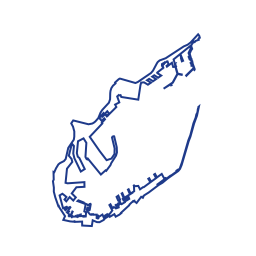 Port Alexandria Police Department, Al Iskandariyah, Egypt, rotated 189°
{"feature_id": "37247803B3923529194747", "entity_name": "Port Alexandria Police Department", "entity_type": "district", "adm_level": 2, "iso_a3": "EGY", "parent_name": "Egypt", "parent_adm1": "Al Iskandariyah", "projection": "equal_earth", "projection_center": [29.857, 31.18], "detail": "fine", "context": "isolated", "style": "outline", "palette": "blue", "viewbox_px": 256, "rotation_deg": 189, "n_neighbors": 0, "source": "geoboundaries", "source_scale": "gbopen_adm2", "svg_char_len": 5714}
<svg xmlns="http://www.w3.org/2000/svg" viewBox="0 0 256 256"><g transform="rotate(189 128 128)"><path d="M194.7,73.0L193.3,65.4L193.8,63.7L191.9,57.5L191.3,53.5L188.9,48.0L184.6,40.0L184.2,40.2L183.9,39.4L176.4,31.1L177.5,27.1L170.5,26.7L167.7,26.9L166.3,27.5L166.1,26.9L158.7,28.4L158.0,24.5L148.4,25.5L148.4,31.3L144.0,30.2L141.4,30.5L137.6,33.4L137.0,34.3L137.1,34.7L132.6,38.5L132.0,37.5L128.0,40.8L126.3,38.5L123.0,41.0L121.3,42.9L121.6,43.2L114.7,51.9L114.6,52.6L112.5,55.4L111.7,55.8L111.6,56.6L110.3,57.2L110.0,56.5L107.8,55.3L104.2,62.1L102.4,61.4L102.0,62.7L102.2,63.0L101.5,64.0L97.5,67.5L88.8,76.5L85.4,79.3L80.9,84.4L71.6,93.4L70.2,95.8L69.2,100.0L66.0,124.5L65.0,129.1L63.4,142.9L61.8,150.9L61.3,160.3L61.8,159.7L61.6,159.0L61.9,158.2L62.0,156.5L61.8,156.1L62.1,153.2L62.6,152.3L62.8,148.9L64.1,142.9L65.3,130.7L66.5,125.2L69.3,102.7L70.5,96.3L71.8,93.9L72.3,94.5L73.4,93.5L72.9,92.9L77.5,88.3L78.8,87.4L88.0,77.7L89.6,76.3L90.1,76.9L82.9,84.2L83.1,84.5L84.5,84.0L87.5,87.9L91.7,83.7L94.1,86.9L94.9,86.2L92.4,82.9L96.7,78.6L99.2,81.7L100.0,81.0L97.4,77.9L103.2,72.0L103.9,71.9L106.5,69.3L108.8,72.4L112.0,71.6L113.8,72.7L113.1,71.9L112.0,66.5L113.8,64.9L113.6,64.6L115.0,63.4L117.8,67.6L118.4,67.1L115.7,62.8L120.7,58.5L123.4,62.8L124.0,62.3L121.3,58.0L122.1,57.3L121.3,56.1L116.7,60.0L115.7,58.2L119.8,54.7L119.5,54.2L122.5,51.7L123.0,51.8L125.4,55.4L124.6,56.0L127.0,59.7L128.5,58.2L126.4,54.9L125.9,55.1L123.9,52.1L124.6,51.3L125.1,51.6L125.1,50.6L125.8,51.0L125.6,50.0L126.1,50.0L127.1,51.5L126.5,50.1L127.9,50.1L128.6,50.8L128.0,49.9L125.6,49.8L124.8,48.1L126.6,47.1L127.1,48.1L127.5,47.9L127.2,47.1L127.5,46.9L127.9,47.7L129.4,47.1L129.7,47.6L130.8,46.5L133.4,49.9L134.3,49.0L130.6,44.1L132.5,40.5L134.7,38.6L135.2,39.5L136.9,38.0L136.3,37.1L137.9,35.7L139.7,38.5L143.0,35.6L144.3,37.5L143.1,35.6L143.1,34.4L143.5,33.9L144.9,34.2L145.3,37.5L148.9,36.9L149.2,38.3L149.1,37.0L150.6,37.1L150.9,36.5L152.0,36.7L155.2,39.5L155.9,41.0L155.7,42.8L154.1,42.8L154.2,41.1L153.4,40.7L153.0,41.1L152.9,46.8L153.2,47.2L154.0,46.9L154.0,45.1L155.5,45.3L155.7,45.9L159.7,47.0L160.0,47.5L165.7,48.8L166.4,47.9L157.9,46.2L158.1,38.8L156.6,38.3L156.2,37.8L155.9,34.0L157.1,33.7L157.1,34.3L158.0,34.2L157.9,33.6L158.3,33.5L158.5,34.0L160.8,33.6L161.1,35.2L161.6,35.0L161.4,33.5L162.8,33.2L163.0,34.1L163.9,33.9L163.8,32.5L164.0,32.5L164.5,34.5L164.6,32.3L165.8,32.7L165.8,32.4L168.2,31.9L169.6,31.4L169.7,31.0L170.3,31.0L169.9,31.1L169.4,32.5L169.9,32.8L170.2,31.8L170.8,31.9L169.6,36.7L169.9,36.8L171.2,31.9L172.1,32.0L172.4,31.6L172.8,31.9L172.3,33.3L175.2,35.2L174.5,36.5L173.5,35.9L173.2,36.3L174.2,37.0L172.5,40.6L172.9,40.9L175.5,39.2L176.9,37.0L177.6,37.5L175.6,40.1L176.2,40.6L179.6,38.6L185.0,50.7L182.5,52.8L179.4,51.1L178.0,50.2L179.5,47.4L177.5,45.9L174.8,50.7L170.7,47.8L168.7,51.3L173.3,54.6L169.7,61.4L161.8,63.1L162.6,67.7L179.1,63.9L181.1,64.1L181.9,78.3L177.7,85.8L178.9,88.6L182.1,91.4L181.3,100.1L182.2,101.5L182.0,102.0L180.8,100.6L181.9,102.1L181.6,102.6L180.4,101.0L181.2,102.3L181.4,103.1L180.1,101.3L181.3,103.2L180.6,103.5L178.6,101.8L178.1,94.3L176.2,89.7L167.8,77.6L164.3,80.7L171.4,90.8L173.1,91.8L174.6,95.2L175.3,107.1L170.3,110.8L166.8,106.8L165.5,92.8L164.2,91.0L163.4,90.6L162.9,91.5L147.5,77.8L143.5,82.7L142.8,82.3L139.5,88.6L139.1,90.6L135.5,98.9L135.1,102.1L136.1,107.2L140.3,117.5L140.6,117.7L141.9,117.1L142.3,116.1L138.0,105.7L137.3,100.1L139.6,95.2L144.1,92.9L152.3,100.7L164.4,113.3L154.1,128.4L154.7,129.0L152.1,133.0L153.0,133.8L155.0,130.8L157.9,133.4L154.5,139.0L153.4,138.1L154.8,136.1L154.8,135.5L152.7,137.9L150.7,136.1L150.0,136.9L150.5,137.3L150.8,136.9L152.9,138.7L151.1,141.3L149.0,139.4L150.0,138.0L149.5,137.7L142.8,146.9L144.4,149.1L140.6,151.9L143.6,157.5L141.7,159.8L142.2,159.1L142.0,158.7L140.5,159.3L139.5,157.6L122.3,157.6L122.4,172.4L122.1,174.9L119.3,175.6L115.1,173.9L112.4,176.4L116.7,178.1L114.8,179.9L110.6,178.1L107.9,180.7L112.1,182.5L110.3,184.2L106.1,182.4L103.4,185.0L107.6,186.8L107.8,187.3L102.5,193.0L103.6,195.0L103.5,194.0L104.2,194.8L104.4,196.2L103.6,196.2L103.8,196.7L103.3,197.0L103.0,196.4L102.7,196.6L103.2,197.5L102.6,197.9L102.2,197.4L102.4,198.0L102.1,198.4L101.8,198.0L99.9,199.9L99.4,200.0L97.9,197.2L99.6,195.4L99.1,194.7L94.8,199.3L92.6,194.6L92.7,195.2L90.9,196.2L87.7,189.2L91.0,179.9L99.0,172.4L92.7,177.9L92.1,176.9L91.7,177.2L92.6,178.2L90.8,179.8L87.5,189.1L83.3,188.9L83.3,189.3L87.5,189.5L90.6,196.2L90.3,196.4L91.1,197.3L90.8,197.5L91.0,197.9L91.3,197.6L91.6,198.4L91.4,199.0L91.8,198.8L93.7,202.9L88.1,209.1L86.3,205.5L86.6,205.2L85.2,202.3L84.1,203.0L87.9,209.3L79.5,218.6L78.5,216.4L79.9,211.5L78.2,208.7L79.2,208.0L79.1,207.8L78.1,208.4L77.7,207.5L78.6,206.9L78.2,206.5L78.3,206.9L77.6,207.4L77.1,206.5L78.1,205.8L77.9,205.5L77.0,206.2L75.3,202.7L76.3,202.0L76.1,201.7L75.1,202.4L74.7,201.5L75.5,200.7L74.6,201.3L74.1,200.5L75.1,199.8L75.0,199.5L74.0,200.2L72.5,197.5L78.8,189.0L78.5,188.7L72.4,197.1L72.1,196.0L71.5,195.7L71.3,196.5L74.1,201.5L74.7,203.2L74.9,203.0L76.1,206.1L76.4,206.1L78.7,211.1L77.9,214.4L77.0,216.2L78.5,219.0L78.0,220.8L76.4,223.7L75.6,223.3L74.8,224.6L71.9,226.2L72.4,227.1L72.1,227.8L71.2,228.4L72.1,230.3L73.4,231.5L79.6,222.2L82.1,219.6L85.7,217.3L101.7,202.8L107.3,199.7L108.9,197.9L109.5,196.6L112.3,188.5L113.9,185.9L125.6,174.9L127.7,173.6L143.2,175.5L144.1,175.4L145.2,174.3L147.9,170.9L147.3,170.1L149.5,167.4L150.7,164.7L151.1,161.9L151.0,159.6L150.2,153.6L150.8,150.0L156.2,141.9L157.5,139.0L158.9,133.1L161.3,129.3L162.7,127.8L164.0,126.8L167.6,125.5L183.3,126.9L184.8,123.7L182.5,120.7L180.5,116.2L179.7,111.0L179.7,108.0L183.9,99.0L184.7,87.6L186.1,85.3L189.8,82.6L191.1,81.1L192.8,76.9L193.9,72.8L194.7,73.0Z" fill="none" stroke="#1e3a8a" stroke-width="2"/></g></svg>